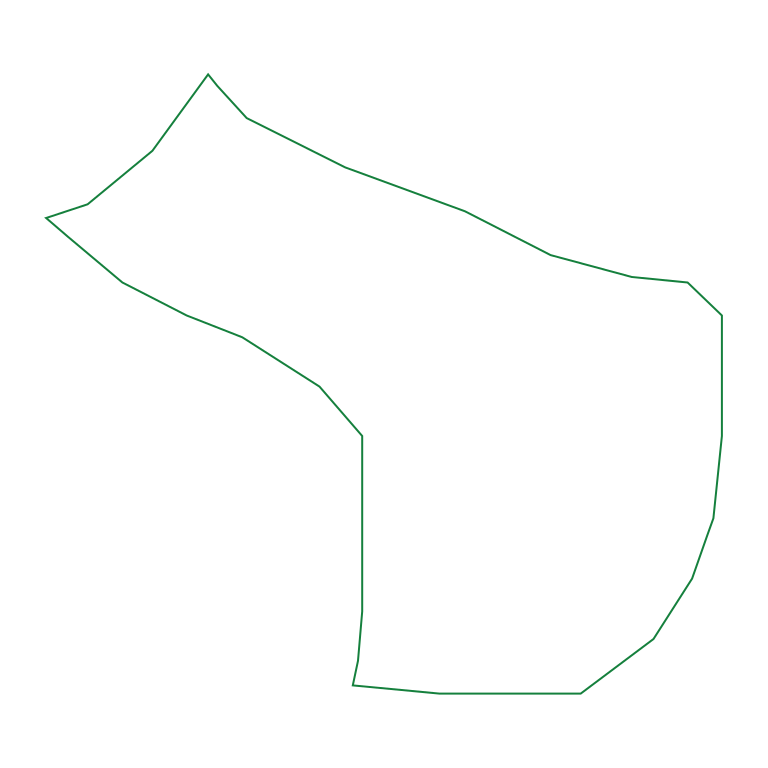 Bristol, Natural Earth projection
{"feature_id": "GBR-2044", "entity_name": "Bristol", "entity_type": "Unitary Authority", "adm_level": 1, "iso_a3": "GBR", "parent_name": "United Kingdom", "parent_adm1": "", "projection": "natural_earth1", "projection_center": [-2.619, 51.456], "detail": "fine", "context": "isolated", "style": "outline", "palette": "green", "viewbox_px": 768, "rotation_deg": 0, "n_neighbors": 0, "source": "natural_earth", "source_scale": "10m", "svg_char_len": 505}
<svg xmlns="http://www.w3.org/2000/svg" viewBox="0 0 768 768"><path d="M46.1,218.0L87.6,204.3L152.4,150.8L208.1,74.4L217.3,85.9L246.7,118.1L345.2,167.4L465.0,211.3L550.6,255.1L631.8,277.0L687.6,282.5L721.9,315.5L721.9,359.2L721.9,436.0L713.4,518.3L707.4,535.0L692.1,578.6L653.5,639.0L580.7,693.6L439.4,693.6L352.8,685.4L358.0,660.8L362.2,611.5L362.2,540.1L362.2,490.8L362.2,436.0L319.5,386.6L242.3,337.3L186.7,315.5L122.4,282.5L68.1,236.9L46.1,218.0Z" fill="none" stroke="#15803d" stroke-width="2"/></svg>